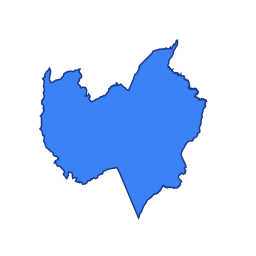 outline of North Gonja, Northern, Ghana, rotated 246°
{"feature_id": "2480657B69696031481498", "entity_name": "North Gonja", "entity_type": "district", "adm_level": 2, "iso_a3": "GHA", "parent_name": "Ghana", "parent_adm1": "Northern", "projection": "mercator", "projection_center": [-1.377, 9.69], "detail": "fine", "context": "isolated", "style": "filled", "palette": "blue", "viewbox_px": 256, "rotation_deg": 246, "n_neighbors": 0, "source": "geoboundaries", "source_scale": "gbopen_adm2", "svg_char_len": 5886}
<svg xmlns="http://www.w3.org/2000/svg" viewBox="0 0 256 256"><g transform="rotate(246 128 128)"><path d="M41.5,101.1L43.6,103.1L44.9,103.8L45.6,105.7L50.1,110.2L51.9,113.3L54.6,116.8L54.7,119.1L55.4,120.8L55.3,121.4L55.6,122.1L56.3,122.5L56.5,123.8L56.9,124.0L57.1,124.7L56.6,125.4L56.7,126.8L56.4,127.1L57.0,127.6L56.3,128.5L57.4,130.7L57.3,131.3L58.0,131.6L58.1,132.9L59.0,133.4L60.0,135.2L61.3,136.3L61.1,136.9L59.7,137.3L59.5,138.3L58.7,138.0L58.4,138.4L58.5,139.1L57.4,139.5L57.7,140.3L56.4,142.4L56.7,142.9L56.1,144.2L55.5,144.1L54.2,145.8L54.4,146.4L53.2,148.5L53.5,149.0L53.3,149.5L54.1,150.3L54.1,151.6L54.3,152.0L55.1,152.9L55.3,152.7L56.5,153.4L57.4,155.3L61.0,153.9L62.6,154.0L63.5,154.5L64.2,155.4L64.2,157.1L65.1,157.6L65.1,158.2L64.5,158.8L64.6,159.4L63.3,159.6L63.3,161.6L63.8,162.0L65.1,162.2L64.9,163.0L65.4,163.3L68.5,163.2L68.8,163.7L68.5,164.9L69.5,165.0L69.9,165.5L81.6,165.4L83.8,166.8L85.6,168.7L87.4,171.5L88.5,172.4L89.5,174.3L90.4,175.2L91.2,177.9L90.8,180.2L90.0,181.6L90.9,183.0L91.6,183.1L91.9,183.6L91.8,184.5L92.2,185.7L92.0,186.8L93.4,188.8L94.2,188.7L95.0,190.4L94.9,191.6L96.5,192.6L99.2,193.2L102.0,196.2L106.2,198.4L107.6,200.2L108.8,200.6L109.4,200.5L110.7,201.3L111.9,202.6L113.1,203.2L115.4,205.2L115.4,206.6L116.6,207.7L117.0,208.0L117.6,207.5L118.2,207.6L118.5,208.5L119.9,208.6L120.5,209.7L120.4,210.5L121.7,210.6L121.8,210.2L122.4,210.1L122.9,208.8L123.9,208.9L124.0,208.6L123.3,208.1L123.5,207.6L124.5,207.4L124.9,207.0L124.0,206.1L124.4,205.7L124.2,205.2L124.8,205.3L124.9,204.7L125.2,205.4L125.8,205.3L125.7,204.6L126.7,204.0L127.6,204.0L127.8,203.4L128.8,202.9L128.5,202.5L129.5,201.8L130.1,202.1L130.5,203.2L130.9,203.3L130.7,203.5L130.8,204.4L131.4,204.6L131.3,205.1L130.8,205.1L131.1,205.6L131.5,205.6L131.7,206.3L132.1,206.4L132.0,205.9L132.5,206.1L132.3,206.9L133.5,206.9L134.4,206.2L135.1,206.4L135.1,205.9L135.5,205.5L135.3,206.4L135.6,206.5L136.3,206.0L136.2,205.6L135.8,205.6L136.0,205.2L136.8,205.4L136.7,204.8L137.0,204.8L137.4,203.6L137.3,203.2L136.9,203.1L137.8,202.9L137.6,202.2L137.3,202.3L137.5,201.8L137.8,202.2L138.0,201.8L138.5,201.9L138.5,201.3L138.1,200.8L138.6,200.5L139.7,200.6L140.2,200.1L139.9,199.7L140.9,199.7L140.7,201.2L144.9,202.3L146.0,201.9L146.3,202.1L146.4,201.8L147.4,202.1L147.7,201.8L148.0,200.6L148.8,200.7L149.0,200.0L149.5,200.0L149.7,199.5L150.2,199.9L151.0,199.5L152.3,200.6L153.3,199.7L153.7,198.0L154.4,197.8L155.8,198.2L155.2,197.4L155.7,196.9L155.5,196.5L155.9,196.0L155.6,195.8L156.5,195.6L156.3,195.2L157.0,195.5L156.9,195.1L157.2,195.0L157.2,195.5L157.9,195.0L157.7,195.8L158.4,195.6L158.7,194.5L158.4,194.3L159.2,193.8L158.8,193.1L159.4,192.3L160.7,192.3L161.6,191.7L162.7,191.7L163.0,192.1L162.9,191.3L164.0,191.5L164.2,190.9L164.8,190.5L165.2,190.7L165.2,190.4L167.0,190.6L167.2,190.2L166.9,189.7L168.1,189.5L169.5,190.3L170.6,191.5L172.2,192.2L173.9,194.0L175.5,197.1L177.5,199.5L179.5,200.6L183.8,206.7L185.7,208.0L187.0,208.1L188.0,208.9L188.3,208.2L188.1,207.8L185.9,205.6L185.1,204.3L185.0,203.8L185.6,203.8L184.9,203.0L184.7,201.9L182.9,200.5L182.8,199.7L182.9,199.3L184.4,199.6L183.6,197.5L185.0,195.5L185.6,195.3L184.9,193.8L185.8,193.1L185.6,192.1L186.3,191.5L186.7,189.6L186.9,189.6L187.3,188.7L187.2,186.5L187.6,185.9L187.9,182.1L186.5,180.4L180.3,164.0L179.0,162.7L177.6,162.1L174.4,158.4L174.4,157.3L174.0,156.2L168.7,151.1L164.1,146.1L163.7,145.3L162.2,144.3L162.4,143.5L163.4,142.5L165.7,141.8L167.5,140.6L170.9,139.3L171.1,138.8L170.6,137.9L170.7,137.2L171.4,136.6L173.2,136.4L173.8,135.4L172.5,135.1L172.4,134.7L171.7,134.8L172.3,134.2L171.9,133.5L172.5,133.4L172.9,132.6L172.5,132.2L172.9,131.8L172.6,130.1L172.8,129.2L171.8,128.3L171.7,126.5L170.8,126.3L170.0,125.3L169.0,124.8L168.8,123.2L167.9,122.9L167.6,121.3L166.8,120.2L167.5,119.3L167.5,118.6L167.1,118.0L167.3,117.6L166.9,116.9L167.7,116.3L167.6,115.2L166.7,112.8L167.3,110.6L166.8,109.5L166.5,107.2L167.3,105.0L168.5,104.5L171.2,104.5L171.5,105.5L172.2,106.1L174.9,105.9L173.9,104.8L173.9,102.8L175.2,101.5L174.8,102.5L175.7,103.8L177.3,104.3L177.6,104.8L179.6,105.7L181.9,105.7L182.6,105.3L183.8,102.9L183.9,101.2L185.8,101.4L188.8,100.4L190.0,100.9L190.8,102.6L191.7,103.3L192.8,103.6L193.1,105.9L193.4,106.2L194.9,106.9L196.7,106.9L199.0,106.0L201.4,108.1L201.8,106.5L201.4,106.0L201.5,104.5L202.4,103.2L201.6,102.0L201.7,101.2L203.4,98.6L203.2,97.9L203.9,97.0L203.7,95.7L204.2,94.8L203.5,91.3L201.8,90.2L200.9,87.7L200.2,87.3L199.9,86.5L201.0,81.4L200.5,78.6L200.6,76.2L203.7,75.7L205.4,76.4L210.8,80.2L211.7,80.3L212.1,80.7L214.5,80.6L214.2,79.8L213.4,79.3L212.7,76.7L211.5,75.2L211.2,74.2L210.3,73.5L209.0,73.4L208.6,72.6L208.2,72.5L208.5,72.2L208.0,71.6L207.8,70.1L204.9,70.7L200.2,67.7L197.0,67.3L195.8,66.5L195.7,66.0L194.7,65.0L191.0,64.5L189.6,63.3L187.7,60.0L186.6,59.9L185.3,59.0L184.3,59.2L183.6,59.8L181.3,59.8L181.2,59.0L180.7,58.5L179.8,58.5L179.1,59.0L176.2,56.3L176.1,55.3L175.4,55.2L174.6,53.7L174.9,53.4L174.7,52.9L173.9,53.3L172.2,52.9L165.8,50.2L163.2,48.3L163.4,47.7L163.0,47.2L162.4,47.2L161.9,47.8L160.3,48.1L155.8,47.3L155.6,47.9L155.1,47.8L154.6,48.3L149.7,45.5L148.3,45.9L143.7,45.4L138.1,48.0L136.3,49.5L135.7,49.6L133.9,48.8L132.3,49.5L130.9,51.4L129.6,51.9L128.8,51.6L128.2,52.0L127.6,51.4L127.7,49.7L127.2,47.6L126.0,46.6L125.8,47.9L124.2,47.7L121.7,48.2L121.6,49.3L120.8,50.1L115.0,52.3L113.0,51.9L112.4,50.3L111.3,50.2L109.0,51.1L106.8,51.2L106.7,51.7L109.4,54.6L111.9,55.5L111.8,56.1L110.8,57.6L109.8,58.4L108.6,58.5L106.7,57.6L104.4,57.1L104.4,59.0L103.1,61.1L100.7,58.4L99.0,59.9L98.9,61.4L98.4,61.0L97.6,61.7L97.6,63.4L95.0,63.7L94.3,66.5L94.8,68.2L96.0,69.9L95.4,72.1L96.5,73.2L95.6,74.0L96.4,74.7L96.2,76.1L96.6,76.9L95.1,77.5L94.8,78.1L95.2,80.2L96.3,80.7L97.0,81.4L96.7,83.2L97.1,84.3L96.5,85.5L96.5,86.1L98.6,87.9L98.7,88.7L98.1,90.1L98.6,91.9L96.6,101.0L96.2,101.5L94.0,102.0L89.6,102.1L41.5,101.1Z" fill="#3b82f6" stroke="#1e3a8a" stroke-width="1.5"/></g></svg>